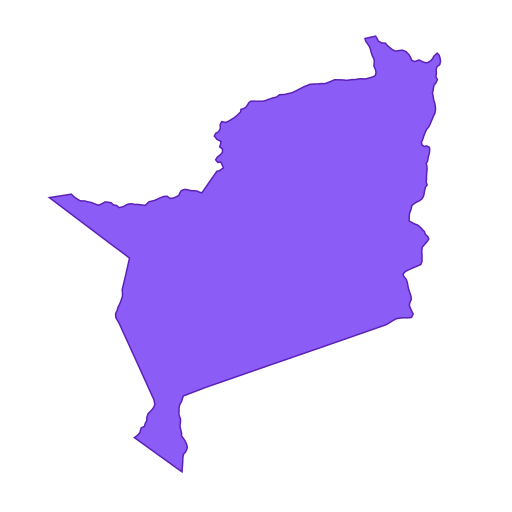 the district of Araci, Bahia, Brazil, rotated 85°
{"feature_id": "56859067B44798977515529", "entity_name": "Araci", "entity_type": "district", "adm_level": 2, "iso_a3": "BRA", "parent_name": "Brazil", "parent_adm1": "Bahia", "projection": "orthographic", "projection_center": [-39.114, -11.24], "detail": "fine", "context": "isolated", "style": "filled", "palette": "violet", "viewbox_px": 512, "rotation_deg": 85, "n_neighbors": 0, "source": "geoboundaries", "source_scale": "gbopen_adm2", "svg_char_len": 3917}
<svg xmlns="http://www.w3.org/2000/svg" viewBox="0 0 512 512"><g transform="rotate(85 256 256)"><path d="M125.7,64.4L122.7,64.3L119.9,64.5L116.6,65.3L114.2,65.5L111.7,65.7L108.6,66.0L106.5,65.2L103.7,64.5L101.2,63.7L99.4,61.8L96.0,59.9L92.9,61.2L89.5,60.3L85.9,60.3L83.2,59.2L81.4,56.3L78.1,55.2L74.8,55.4L71.8,56.1L69.7,57.9L71.2,59.7L72.6,61.6L74.9,62.9L76.9,65.2L78.5,68.7L77.6,72.1L74.9,76.5L76.1,80.8L74.8,83.7L72.4,84.4L68.9,86.0L65.5,88.7L63.7,92.2L63.8,95.9L64.1,98.9L62.5,101.9L60.6,104.0L57.5,107.0L55.2,108.6L54.7,112.2L52.6,115.3L49.7,116.5L47.4,117.7L48.8,128.5L51.6,128.0L54.6,126.2L57.5,124.7L60.1,124.0L62.5,123.6L65.7,123.0L68.9,121.8L71.0,121.1L74.1,121.5L77.1,122.0L80.4,120.8L83.6,120.4L86.7,121.4L87.8,124.2L88.5,127.8L89.1,131.2L88.9,134.0L88.5,136.5L88.7,139.8L88.9,142.5L88.6,144.8L88.8,147.4L88.9,150.6L88.2,153.9L87.8,157.1L87.5,160.0L87.3,162.4L88.3,165.5L89.4,169.0L90.4,172.8L89.9,175.5L90.0,179.7L89.7,183.9L89.7,187.7L90.7,190.5L91.3,192.9L92.3,195.2L93.4,198.1L95.2,202.3L96.6,206.3L97.1,210.5L97.7,214.0L97.4,216.2L97.4,218.6L99.5,221.7L99.9,225.3L100.6,227.8L101.2,230.5L101.9,232.6L102.4,235.8L101.3,247.6L102.5,249.6L104.6,251.2L106.8,253.0L108.1,255.6L108.6,258.2L111.2,258.8L114.1,262.4L116.2,265.4L117.3,267.6L118.4,269.7L119.5,272.0L120.3,274.8L119.1,278.5L122.2,280.3L125.8,280.4L128.9,282.4L130.3,285.4L132.8,287.1L136.3,284.8L138.9,280.9L141.9,281.7L144.3,282.7L146.1,280.2L149.5,280.3L151.9,282.5L154.0,285.8L156.6,287.8L159.5,285.9L159.2,283.0L162.3,281.7L165.6,280.8L166.6,283.0L167.9,285.0L168.2,287.6L188.3,304.4L187.6,306.7L186.3,308.7L185.6,311.7L185.2,315.2L184.0,318.5L183.4,321.4L184.3,324.6L186.4,326.3L189.0,327.7L190.3,330.9L191.1,333.3L191.1,336.9L188.8,339.1L188.6,342.4L189.6,346.1L190.8,349.4L191.8,352.3L192.3,355.5L192.6,357.9L194.4,360.1L195.9,362.0L195.2,365.3L194.3,369.2L194.1,372.3L193.1,375.3L193.1,378.3L193.7,380.7L194.9,383.0L195.6,385.8L195.8,388.4L193.5,390.4L192.8,393.4L190.3,395.7L189.5,398.7L189.0,401.7L190.7,405.3L191.7,408.5L189.9,412.4L188.4,415.2L187.5,418.5L186.3,421.6L185.7,426.3L183.8,428.9L181.3,432.0L178.3,434.6L179.8,456.8L197.7,437.0L199.4,435.1L231.6,399.4L242.6,387.0L247.1,382.2L263.1,387.3L278.1,392.3L280.4,392.2L284.4,392.5L290.1,395.0L292.8,396.5L295.4,398.2L298.1,398.9L300.0,400.3L302.1,401.0L305.1,401.0L308.0,399.7L310.6,398.4L346.1,385.8L390.3,370.2L394.9,369.7L397.8,371.0L400.6,373.6L403.6,377.2L407.2,378.8L410.4,379.1L412.9,380.8L416.0,382.0L417.2,385.2L419.1,386.2L421.6,386.9L423.7,388.9L425.1,390.9L426.3,393.0L458.6,355.6L464.6,348.5L455.1,347.0L452.5,346.7L449.4,346.2L446.9,345.3L445.5,343.6L443.2,342.1L440.7,341.1L437.2,341.6L434.3,342.7L431.5,344.1L428.9,345.8L426.0,345.6L422.6,346.1L418.6,346.6L414.9,345.7L411.9,345.4L409.2,346.2L406.6,346.6L404.0,346.2L400.5,345.9L397.4,344.9L394.2,342.7L391.6,341.7L389.1,340.6L382.7,318.4L366.7,255.0L351.1,192.8L336.5,135.2L335.8,132.3L334.0,128.7L332.4,125.6L330.8,122.0L330.4,118.3L330.4,114.3L330.8,111.0L330.8,106.5L327.5,104.5L324.1,105.8L320.7,107.0L318.3,107.6L315.4,106.6L312.8,105.1L309.5,105.1L304.7,106.3L300.5,107.1L295.5,107.6L292.5,108.3L289.4,110.4L286.9,111.2L284.6,108.7L283.3,105.8L282.1,102.4L280.8,98.4L279.7,94.9L278.7,92.4L275.7,91.1L272.4,90.8L269.4,90.5L266.0,90.5L261.8,89.7L258.4,86.3L256.8,84.5L254.1,82.4L251.6,83.2L249.1,85.5L246.3,86.1L244.6,87.6L242.5,89.1L240.5,90.9L239.0,92.7L238.0,95.0L236.6,97.2L234.4,100.4L230.9,100.0L227.3,99.5L223.2,97.6L219.3,96.3L217.8,94.3L216.5,91.7L215.1,88.2L213.4,85.5L211.1,84.0L208.6,83.1L205.8,82.4L202.1,81.2L200.2,79.3L197.5,80.0L194.6,79.5L191.9,79.3L189.0,78.9L186.4,78.3L184.2,78.0L181.0,78.0L178.5,78.3L176.4,76.8L172.6,75.8L168.5,74.3L165.2,73.7L162.9,73.8L161.2,76.3L161.6,78.6L159.9,80.9L157.1,81.3L153.9,79.5L150.8,78.3L147.7,76.7L144.9,75.1L142.7,72.9L140.1,71.2L137.8,70.0L134.6,68.3L132.0,67.0L129.4,65.3L125.7,64.4Z" fill="#8b5cf6" stroke="#5b21b6" stroke-width="1.5"/></g></svg>